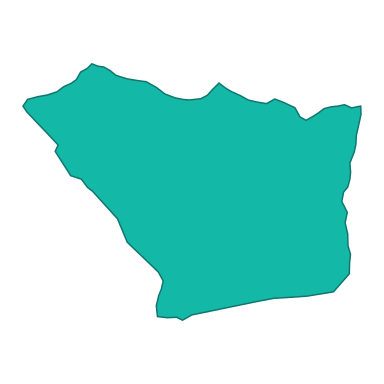 Cruz das Almas, Bahia, Brazil
{"feature_id": "56859067B52904526930124", "entity_name": "Cruz das Almas", "entity_type": "district", "adm_level": 2, "iso_a3": "BRA", "parent_name": "Brazil", "parent_adm1": "Bahia", "projection": "robinson", "projection_center": [-39.118, -12.685], "detail": "fine", "context": "isolated", "style": "filled", "palette": "teal", "viewbox_px": 384, "rotation_deg": 0, "n_neighbors": 0, "source": "geoboundaries", "source_scale": "gbopen_adm2", "svg_char_len": 1185}
<svg xmlns="http://www.w3.org/2000/svg" viewBox="0 0 384 384"><path d="M23.0,106.1L26.6,111.6L35.7,121.3L45.4,131.4L58.1,145.0L55.2,151.4L70.7,175.7L81.4,179.2L87.5,187.4L92.7,191.4L117.5,218.8L127.3,242.3L158.4,272.1L163.2,281.0L161.3,289.2L158.8,295.4L156.3,305.8L157.5,316.6L167.2,317.7L176.7,317.3L182.5,320.2L191.9,314.9L254.4,302.0L273.9,298.3L287.4,297.5L298.1,296.8L307.4,296.1L333.5,291.8L349.3,273.8L349.6,262.7L350.5,254.3L348.0,245.8L347.7,233.9L345.1,222.8L347.3,212.4L341.8,201.5L343.6,192.1L347.7,187.2L349.9,179.2L350.6,172.3L349.9,163.0L354.3,151.8L355.9,144.3L356.3,135.6L359.1,123.1L361.0,114.4L360.7,106.1L351.5,107.9L344.5,104.7L337.9,106.1L331.3,106.8L324.1,108.6L318.7,112.7L313.4,116.2L306.0,120.3L300.0,116.9L294.9,107.7L284.0,102.6L274.8,99.0L266.6,103.6L257.8,102.2L248.4,100.1L240.7,95.8L231.6,91.7L226.2,88.5L219.0,83.1L212.7,89.3L207.3,95.3L200.8,98.7L189.4,100.0L182.7,99.4L175.2,97.9L164.8,93.9L156.5,87.5L146.2,81.7L137.9,80.6L126.9,78.8L115.8,75.3L110.4,70.8L103.8,67.0L97.9,66.2L91.9,63.8L87.2,68.4L80.6,72.1L76.4,79.6L71.1,83.4L63.8,86.6L57.1,91.7L47.6,94.9L37.7,96.7L27.6,99.4L23.0,106.1Z" fill="#14b8a6" stroke="#0f766e" stroke-width="1.5"/></svg>